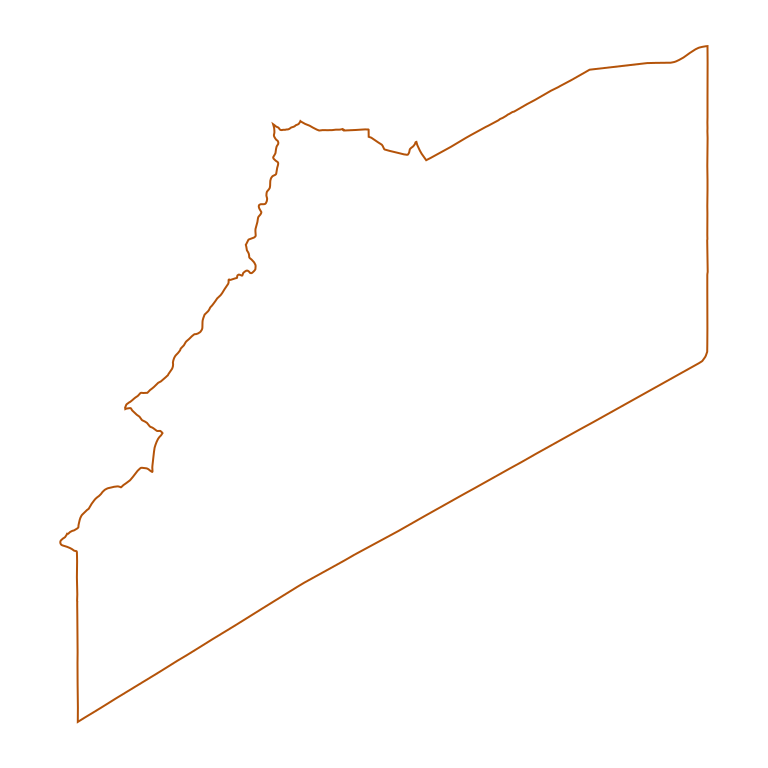 Wang Noi, Phra Nakhon Si Ayutthaya, Thailand (Natural Earth projection)
{"feature_id": "78962969B3503763709973", "entity_name": "Wang Noi", "entity_type": "district", "adm_level": 2, "iso_a3": "THA", "parent_name": "Thailand", "parent_adm1": "Phra Nakhon Si Ayutthaya", "projection": "natural_earth1", "projection_center": [100.685, 14.236], "detail": "fine", "context": "isolated", "style": "outline", "palette": "amber", "viewbox_px": 768, "rotation_deg": 0, "n_neighbors": 0, "source": "geoboundaries", "source_scale": "gbopen_adm2", "svg_char_len": 6042}
<svg xmlns="http://www.w3.org/2000/svg" viewBox="0 0 768 768"><path d="M77.8,721.9L84.4,717.8L100.9,707.8L115.3,698.8L159.7,671.8L177.3,660.8L186.9,655.1L195.0,650.1L212.5,639.2L235.7,625.1L261.5,609.0L297.2,586.9L304.2,582.7L344.6,560.4L354.1,554.9L398.2,531.1L424.4,516.2L459.9,496.3L466.2,492.8L474.4,488.3L509.8,468.5L522.0,461.8L536.2,453.7L578.8,430.0L593.1,422.2L681.3,373.0L698.9,363.2L701.3,361.7L702.3,361.0L704.4,358.1L705.3,356.8L705.9,355.5L706.8,352.9L707.2,351.8L707.3,343.9L707.4,328.8L707.3,290.5L707.3,275.0L707.4,273.8L707.7,271.9L707.2,240.2L707.4,239.1L707.3,235.2L707.4,213.4L707.3,206.3L707.5,190.2L707.5,185.2L707.5,179.7L707.3,165.8L707.6,137.9L707.4,131.3L707.5,128.1L707.4,122.4L707.5,117.4L707.5,114.1L707.5,105.1L707.5,97.5L707.6,63.1L707.5,46.1L705.5,46.3L702.1,46.9L699.2,47.6L698.2,48.0L695.5,49.3L689.9,52.9L683.5,57.5L679.2,59.9L676.0,61.4L674.3,62.0L671.8,62.5L670.6,62.7L655.0,62.9L647.0,63.1L589.6,69.7L571.7,79.9L560.0,86.1L558.5,87.0L550.8,90.8L535.4,99.7L527.1,104.1L514.6,111.3L514.1,111.6L512.5,112.0L511.8,112.4L509.3,113.9L507.8,114.6L506.2,115.8L502.7,117.9L500.1,119.0L498.4,120.3L488.1,125.8L485.8,126.9L475.4,132.6L471.0,135.0L465.7,138.0L450.8,146.9L430.5,158.0L426.2,160.2L421.6,153.7L419.8,150.5L417.3,145.1L416.4,141.9L415.8,142.1L415.4,142.5L415.3,143.3L414.7,144.4L413.8,145.6L413.0,146.5L411.4,147.7L410.3,148.7L409.8,149.4L409.2,152.2L409.0,152.8L408.0,154.5L407.5,154.7L407.0,154.8L405.1,154.5L404.1,154.4L399.7,153.3L389.3,150.8L384.7,149.5L384.2,149.1L382.6,145.8L381.8,144.7L378.2,142.4L371.3,137.7L368.7,136.8L368.6,129.7L368.4,129.5L365.0,129.4L355.3,130.0L344.2,130.5L344.2,130.0L344.1,129.9L343.1,130.0L342.9,129.2L342.7,129.0L340.7,129.5L339.0,129.7L335.6,129.7L332.2,130.1L330.0,130.1L328.2,130.2L322.4,130.1L321.3,130.3L319.1,130.5L318.6,130.3L316.8,129.6L312.9,127.6L309.6,125.7L305.1,123.9L301.0,121.6L300.4,121.1L300.0,122.1L298.7,123.9L297.9,124.4L295.7,125.3L294.6,126.3L293.2,126.9L291.2,127.5L289.3,128.9L288.0,129.4L286.2,129.5L285.2,129.8L283.0,129.8L281.9,130.1L280.4,129.9L279.7,129.3L278.6,127.8L278.2,127.5L276.0,126.5L274.5,125.2L273.1,124.2L273.8,126.6L274.2,128.5L274.4,131.0L274.4,132.7L273.9,135.1L274.0,136.0L274.6,137.4L275.6,138.9L276.0,139.5L277.7,140.9L278.1,141.8L278.3,142.5L278.3,143.0L278.2,143.9L277.9,144.5L277.0,145.8L276.5,146.9L276.0,149.2L275.5,152.9L275.3,153.5L274.6,154.8L273.4,156.8L273.2,157.4L273.3,158.0L273.7,158.8L275.7,160.7L277.7,162.1L277.9,162.4L278.1,162.8L278.2,163.7L278.0,165.0L277.2,167.8L276.2,173.7L275.9,174.3L275.3,174.8L273.0,175.9L272.4,176.3L271.4,177.6L270.9,178.6L270.3,180.8L270.2,182.9L270.1,185.8L269.8,187.8L269.0,189.2L267.0,191.6L266.8,192.2L266.6,193.0L266.5,193.8L266.4,195.7L267.1,198.4L267.1,199.3L266.8,201.1L266.1,202.7L265.7,203.4L264.9,204.0L263.9,204.2L260.8,204.2L259.6,204.7L259.2,205.0L258.9,205.6L258.8,206.1L258.8,206.8L259.1,208.0L259.7,209.3L261.3,212.0L261.3,212.7L261.1,213.2L260.5,214.4L258.7,216.5L258.3,217.1L258.1,217.7L257.8,219.3L257.4,222.0L255.5,229.0L255.4,231.0L255.7,235.3L255.6,236.0L254.7,237.1L253.9,237.6L249.0,239.4L248.6,239.6L248.3,240.0L246.3,244.0L245.8,244.8L246.3,246.7L246.9,250.3L248.2,252.4L248.8,253.8L249.1,255.3L249.2,257.0L249.4,257.6L249.9,258.2L251.6,259.6L253.9,262.1L254.3,262.7L255.4,264.8L255.6,265.8L255.6,266.5L255.4,269.0L255.3,269.4L254.9,270.0L254.1,271.0L252.3,272.7L252.0,272.9L251.4,273.1L250.8,273.1L250.1,272.9L248.9,271.5L247.9,270.8L247.2,270.6L246.3,270.7L244.8,271.6L243.4,272.8L243.1,273.3L242.6,274.8L242.3,275.5L241.8,275.6L241.3,275.4L239.5,274.7L238.5,274.7L237.6,275.3L237.4,275.6L237.2,276.2L237.1,277.5L236.8,278.0L235.4,278.3L230.5,279.9L229.8,279.9L229.1,279.5L228.8,279.7L228.6,280.0L228.6,282.3L228.4,283.1L228.2,283.8L224.6,289.1L222.1,293.2L220.6,295.2L217.2,298.4L215.3,301.2L213.0,304.3L211.9,305.7L210.7,306.9L210.1,307.7L209.2,309.6L208.2,311.1L204.6,314.6L203.4,317.8L202.7,320.2L202.5,322.0L202.4,327.1L202.3,328.3L201.9,329.6L200.6,331.6L200.0,332.2L197.9,333.5L196.1,334.1L194.6,334.2L194.0,334.5L191.8,336.3L189.2,338.9L186.3,341.4L185.6,342.3L183.9,345.3L180.7,348.6L180.1,350.3L179.2,351.5L178.1,352.9L175.7,355.4L175.0,356.4L174.1,358.1L173.3,360.5L172.9,362.6L173.1,364.3L173.0,365.3L172.9,366.4L172.4,368.0L172.0,368.9L168.5,374.0L167.8,375.4L167.0,376.0L166.2,376.8L160.9,381.4L158.2,382.8L153.9,387.0L152.1,388.5L150.1,390.0L147.4,392.8L143.3,393.0L141.4,392.8L140.8,392.9L140.3,393.2L138.4,395.3L137.7,396.0L135.3,397.6L133.6,399.0L132.4,400.1L130.3,401.8L129.3,402.3L126.6,404.3L126.2,404.9L125.1,407.7L125.2,408.2L125.3,409.1L126.4,408.6L129.8,408.1L130.3,408.1L130.7,408.2L131.1,408.6L132.1,410.3L132.8,411.0L136.7,414.7L139.5,416.7L141.8,419.9L142.3,420.3L145.0,421.6L147.0,422.9L149.8,426.4L150.5,426.9L151.9,427.4L153.3,428.2L156.2,430.4L157.0,430.9L157.7,431.0L160.0,430.9L160.4,431.0L161.5,431.9L162.5,433.1L161.1,435.3L159.5,436.9L158.4,438.4L157.9,439.2L156.6,441.9L155.5,444.8L154.6,447.7L154.0,451.7L152.4,465.9L152.3,467.5L152.5,471.3L152.4,471.7L152.2,471.9L151.9,471.8L150.2,470.7L148.4,469.2L146.8,468.4L145.4,468.2L142.1,467.8L141.5,467.8L140.9,467.9L140.0,468.5L137.6,470.8L132.8,477.0L130.0,480.3L126.0,483.3L123.4,485.1L121.2,487.2L120.9,487.3L120.0,486.9L118.1,486.4L117.3,486.4L114.0,486.8L112.0,487.3L108.0,488.2L106.8,488.7L104.8,489.8L103.3,491.2L102.4,492.1L101.0,494.0L99.1,495.9L97.2,497.3L95.5,498.8L94.3,500.2L91.7,503.7L88.7,508.8L86.9,510.1L86.0,511.0L82.4,514.5L81.6,515.4L81.1,516.4L80.4,517.8L79.7,519.9L78.8,523.8L78.5,525.3L78.4,527.0L78.3,527.4L77.9,527.9L77.2,528.5L74.2,530.3L73.4,530.6L72.4,530.8L70.1,532.0L68.8,533.2L68.3,533.7L67.6,533.8L67.1,533.7L66.8,534.5L65.1,537.1L64.3,537.7L63.0,538.5L61.0,540.3L60.4,541.3L60.3,542.6L60.5,543.5L61.0,544.4L61.6,545.0L62.8,545.5L67.0,546.8L69.9,548.0L71.8,549.0L74.2,550.7L76.5,551.2L76.7,551.5L76.9,552.2L77.0,556.0L77.1,561.5L76.9,577.5L77.3,594.3L77.1,600.6L77.1,601.2L77.3,601.6L77.2,602.4L77.2,605.7L77.3,613.7L77.6,652.4L77.5,663.1L77.6,683.5L77.9,707.7L77.8,721.9Z" fill="none" stroke="#b45309" stroke-width="2"/></svg>